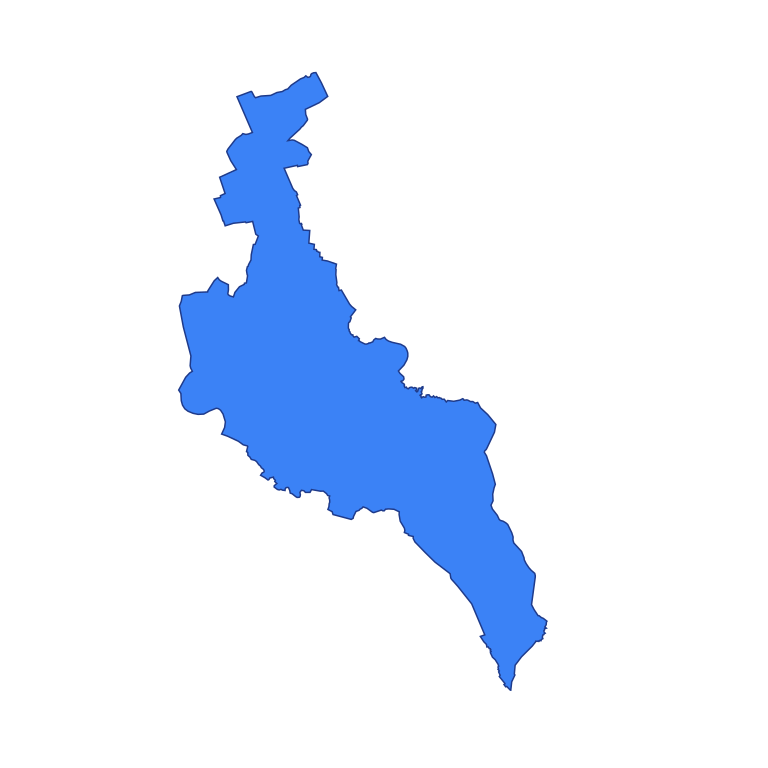 Ban Pho, Chachoengsao, Thailand, rotated 47°
{"feature_id": "78962969B2229675386212", "entity_name": "Ban Pho", "entity_type": "district", "adm_level": 2, "iso_a3": "THA", "parent_name": "Thailand", "parent_adm1": "Chachoengsao", "projection": "orthographic", "projection_center": [101.082, 13.626], "detail": "fine", "context": "isolated", "style": "filled", "palette": "blue", "viewbox_px": 768, "rotation_deg": 47, "n_neighbors": 0, "source": "geoboundaries", "source_scale": "gbopen_adm2", "svg_char_len": 6162}
<svg xmlns="http://www.w3.org/2000/svg" viewBox="0 0 768 768"><g transform="rotate(47 384 384)"><path d="M489.9,329.8L477.1,329.0L467.3,329.7L461.4,328.1L460.3,330.3L457.4,331.0L455.9,332.7L453.0,333.7L452.0,334.4L450.5,336.5L449.3,336.2L448.4,336.5L447.5,339.5L444.2,344.8L439.5,348.7L439.6,350.7L436.2,350.3L434.9,351.9L433.1,352.0L432.5,352.6L431.6,352.8L430.9,354.0L429.1,354.1L428.6,356.0L426.5,355.9L426.5,357.6L426.0,358.1L424.7,358.7L422.8,358.4L421.9,359.1L420.9,360.7L422.1,362.2L421.4,363.3L420.0,364.0L419.8,365.9L419.0,365.9L418.2,365.2L416.9,365.4L416.7,364.8L417.3,363.8L417.1,362.9L415.0,362.0L415.0,361.0L414.1,360.2L413.6,358.3L412.5,357.4L412.1,358.0L412.3,360.1L411.2,360.7L410.8,361.4L412.4,364.6L412.1,365.4L410.4,365.4L410.5,364.2L409.4,363.0L407.6,363.9L407.3,365.3L405.9,365.5L404.8,366.3L404.0,367.9L404.2,369.3L403.1,370.1L401.5,369.8L400.9,371.1L399.1,370.5L398.8,369.7L397.4,369.3L395.5,369.9L393.8,369.9L393.6,369.4L394.4,368.3L394.2,366.5L393.9,365.9L392.1,364.7L387.2,365.1L384.3,364.6L383.8,356.5L381.9,350.7L380.1,347.8L377.6,345.5L375.7,344.5L372.9,343.5L370.7,343.3L366.3,344.7L359.1,349.6L355.7,351.4L352.9,352.1L350.2,351.8L348.7,356.0L346.7,358.0L345.0,359.0L344.8,361.4L345.5,363.4L344.4,366.4L343.7,366.9L343.8,367.6L342.8,369.7L341.7,370.7L336.4,372.7L335.6,372.5L334.9,373.0L334.1,371.2L330.6,371.4L329.3,373.9L327.4,373.8L326.8,373.3L325.8,374.2L323.5,373.9L322.5,373.3L321.4,373.3L320.4,372.3L319.3,372.2L318.3,371.5L315.4,368.6L315.0,367.8L315.2,366.5L313.3,362.9L312.0,362.8L310.5,354.1L305.2,354.8L302.1,354.7L286.2,351.1L285.0,353.2L282.2,351.3L281.5,351.7L279.0,350.9L277.7,349.3L271.2,344.7L267.5,340.9L266.8,340.8L263.9,337.0L255.4,341.5L251.2,344.7L249.4,342.7L247.1,344.2L244.0,341.1L242.8,342.1L241.7,342.0L240.9,342.6L239.6,341.8L237.7,343.4L234.4,339.7L229.7,342.9L221.1,333.6L216.4,338.1L211.7,336.1L211.0,335.7L211.2,335.3L210.3,334.9L209.6,336.0L208.9,336.1L205.7,334.2L203.9,332.1L196.9,326.7L197.6,325.1L196.0,323.9L196.3,323.1L186.5,319.5L186.7,318.1L183.8,317.1L181.4,317.6L178.7,317.3L158.1,309.9L165.0,298.2L166.1,298.9L171.3,290.4L170.7,288.9L169.7,288.4L168.9,287.4L166.7,280.7L162.7,280.5L159.0,278.9L153.4,280.4L144.6,283.4L142.9,284.7L140.5,288.3L140.1,285.2L140.2,271.5L139.8,269.3L140.0,266.9L138.8,260.2L138.2,259.3L133.5,257.4L129.5,254.2L134.1,239.5L135.3,229.0L121.1,224.4L109.8,221.4L108.4,223.2L107.7,225.1L107.7,226.2L108.8,227.9L108.7,229.0L107.8,230.6L105.3,231.0L105.3,233.4L103.9,237.0L102.2,248.1L102.6,253.2L101.5,255.4L100.7,259.0L97.8,263.5L95.7,270.0L89.5,277.6L87.0,282.7L85.4,282.8L80.2,281.4L79.4,281.6L73.6,295.6L110.3,308.7L108.7,312.6L107.3,314.8L104.6,316.5L104.8,318.8L103.8,323.8L103.8,326.0L105.7,337.7L106.6,340.3L107.6,340.9L116.2,343.8L126.5,345.7L120.7,363.2L136.3,370.3L134.7,375.2L136.0,376.2L136.0,376.6L132.8,382.1L149.2,387.8L154.9,390.6L155.4,390.2L160.0,392.3L163.8,384.4L171.0,374.8L172.0,374.9L175.5,369.2L187.0,375.6L190.1,375.0L194.0,383.0L192.9,384.4L198.9,392.9L202.6,396.7L204.3,401.6L205.3,403.2L205.0,403.9L207.1,407.1L210.7,409.5L211.2,409.5L212.3,410.6L216.2,415.7L215.1,417.3L215.8,418.3L214.3,423.4L215.3,430.5L217.6,434.7L214.9,436.4L212.7,437.0L211.5,436.7L209.1,433.6L205.2,430.1L197.9,432.9L195.5,433.4L192.7,433.0L192.7,437.7L195.7,449.2L196.4,450.2L188.4,459.5L186.1,465.6L182.1,470.6L181.9,471.3L185.2,475.8L187.4,480.4L205.5,491.9L231.8,506.1L238.4,513.3L240.5,514.5L244.0,515.5L243.4,518.7L243.8,524.4L248.4,538.3L252.4,539.0L258.0,543.7L262.1,545.8L266.3,546.6L270.3,545.9L275.3,543.6L279.4,540.7L283.1,536.3L284.7,530.1L287.3,523.3L288.9,522.0L291.7,521.4L296.2,522.2L303.5,525.8L307.1,530.2L309.9,536.9L315.3,534.1L326.4,529.6L332.5,528.4L336.2,526.1L336.8,526.3L339.7,530.7L341.1,530.3L343.4,532.2L346.0,531.9L348.6,532.5L351.8,530.5L353.8,530.1L357.7,530.6L359.8,530.3L361.5,530.8L363.9,530.4L365.2,530.6L366.1,531.1L366.5,531.9L365.9,533.9L366.6,536.5L371.3,535.0L375.1,534.3L375.4,533.4L374.9,531.5L376.7,528.4L378.0,529.2L380.3,529.1L380.8,530.4L383.7,530.2L383.5,533.6L384.4,534.6L388.4,533.9L390.0,532.9L390.8,531.2L392.3,530.7L394.4,529.0L393.3,527.8L393.0,526.6L393.5,525.4L394.6,524.5L397.7,525.6L399.8,527.0L401.7,526.0L406.1,525.4L407.7,524.9L409.1,523.2L409.1,522.3L408.0,520.7L405.9,519.4L405.4,516.9L407.4,515.4L409.7,515.4L412.8,512.0L411.8,509.0L419.0,503.6L421.0,501.4L425.1,500.8L427.1,501.2L428.9,500.1L429.8,501.8L431.7,502.8L433.4,504.3L434.2,505.8L436.1,507.9L437.5,510.6L442.0,509.0L444.7,510.3L460.7,500.3L461.2,498.2L460.1,496.6L458.1,491.4L459.4,488.4L459.2,486.8L459.8,485.1L459.6,483.1L463.3,481.2L470.0,479.9L471.1,479.2L474.4,471.9L476.0,471.3L476.9,470.3L476.6,468.3L478.5,465.8L482.5,462.1L487.9,460.0L489.8,462.0L495.4,465.7L503.3,467.4L505.3,468.6L506.5,470.4L510.6,468.5L511.3,469.3L511.8,469.1L515.5,466.6L516.7,467.9L520.6,469.1L535.6,468.8L549.0,468.2L567.8,465.0L571.5,467.5L572.9,467.8L582.2,468.0L604.6,469.8L636.2,481.4L634.3,485.7L640.6,486.8L644.3,486.7L646.5,488.1L647.3,487.1L649.6,487.5L650.1,486.8L651.3,487.2L651.6,488.3L652.7,488.2L652.7,489.1L653.5,489.6L657.8,491.0L661.5,490.7L666.7,491.7L668.6,492.6L668.7,493.6L670.4,494.6L670.4,495.2L672.5,495.4L672.7,496.5L676.2,497.7L676.6,499.2L685.5,499.8L685.8,500.0L685.6,501.2L687.1,501.4L688.5,501.5L688.9,500.5L694.0,500.4L694.4,500.1L688.9,493.7L686.1,486.7L685.0,486.5L679.1,479.9L677.3,469.5L676.8,454.3L676.0,449.2L675.6,448.4L676.6,447.6L677.2,446.4L677.9,446.3L677.9,444.7L678.8,444.3L678.2,443.0L678.6,441.5L677.2,440.9L675.9,439.1L676.3,438.1L675.9,437.1L676.2,436.1L674.6,436.1L673.5,435.4L673.4,434.4L672.5,433.6L673.3,431.8L671.4,432.1L670.7,429.6L668.9,427.6L668.6,426.6L664.1,427.3L662.1,428.2L659.2,428.6L658.5,429.3L651.4,428.1L646.0,426.6L628.4,405.1L627.4,404.1L625.3,402.9L620.6,403.4L617.0,403.3L612.1,402.5L608.2,401.3L606.6,400.1L600.3,397.6L588.8,397.5L586.1,396.1L583.9,393.9L579.9,392.0L571.1,389.3L568.5,389.6L565.5,390.5L563.2,391.9L561.6,392.1L557.3,390.7L549.4,390.0L545.6,388.4L543.8,383.9L538.7,379.6L535.1,374.4L533.3,371.0L523.8,365.9L509.2,359.3L506.4,358.0L502.4,357.2L501.6,356.0L501.6,353.9L501.0,352.2L494.6,336.1L489.9,329.8Z" fill="#3b82f6" stroke="#1e3a8a" stroke-width="1.5"/></g></svg>